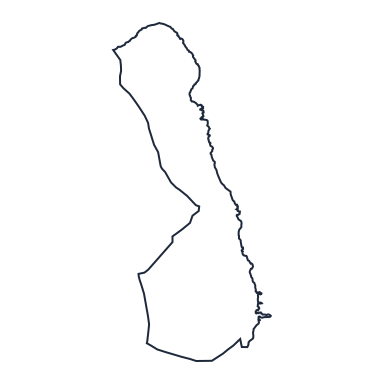 Domoni, Andjouân, Comoros (Albers equal-area conic projection)
{"feature_id": "10938185B41806506469500", "entity_name": "Domoni", "entity_type": "district", "adm_level": 2, "iso_a3": "COM", "parent_name": "Comoros", "parent_adm1": "Andjouân", "projection": "albers", "projection_center": [44.503, -12.179], "detail": "fine", "context": "isolated", "style": "outline", "palette": "slate", "viewbox_px": 384, "rotation_deg": 0, "n_neighbors": 0, "source": "geoboundaries", "source_scale": "gbopen_adm2", "svg_char_len": 5964}
<svg xmlns="http://www.w3.org/2000/svg" viewBox="0 0 384 384"><path d="M247.3,347.1L248.2,345.3L248.5,344.1L248.5,342.7L249.2,341.5L249.9,340.8L252.0,339.3L253.1,338.3L253.4,336.0L253.0,332.6L253.5,330.8L253.6,329.1L256.5,325.2L257.9,324.2L258.8,323.2L258.9,322.5L258.5,320.3L259.6,320.4L259.9,320.2L259.8,319.8L258.5,318.7L258.6,317.7L258.5,317.1L258.9,316.6L259.1,316.5L259.9,316.6L260.6,317.3L262.0,317.7L265.0,317.0L266.0,317.2L266.9,316.9L268.6,317.1L270.4,316.6L270.8,315.9L269.9,315.0L268.7,314.5L267.9,314.4L266.6,315.0L266.2,315.0L264.9,314.5L262.5,314.5L261.9,313.7L261.5,313.7L261.2,313.5L261.0,312.6L260.7,312.4L259.3,312.7L258.8,313.2L257.3,312.9L256.7,313.4L256.3,313.5L256.0,313.3L255.8,313.0L255.9,312.3L255.6,311.9L255.7,311.6L256.1,311.1L256.5,310.2L257.1,310.1L258.1,310.4L258.2,310.1L258.2,309.4L259.2,308.7L259.2,308.1L259.1,307.7L258.5,307.2L258.5,306.7L258.2,306.4L257.7,306.2L258.0,303.8L258.6,303.3L260.1,303.6L261.8,303.3L261.5,302.9L260.3,302.5L259.4,302.5L258.6,302.8L258.3,302.6L257.9,301.5L257.8,298.6L258.2,297.2L257.9,295.8L258.0,294.8L258.7,293.5L259.6,294.2L260.5,294.4L261.3,294.0L261.5,293.5L261.4,293.2L260.2,293.0L259.7,292.1L258.7,292.4L258.1,292.9L257.6,292.8L256.9,293.0L256.6,292.6L256.8,292.1L255.7,291.4L255.6,291.2L255.9,290.0L255.2,287.4L255.3,285.6L254.2,282.7L253.3,282.2L252.9,281.6L252.6,280.6L252.5,278.8L252.0,277.9L251.2,277.0L251.1,275.7L250.6,274.8L250.5,274.1L249.8,272.5L249.7,272.0L249.9,271.1L250.8,268.9L251.1,268.7L251.4,268.9L251.8,268.8L252.3,268.0L253.0,266.6L252.5,264.4L251.5,263.4L250.8,263.7L250.2,262.9L249.2,260.9L248.0,260.4L247.8,260.1L246.8,256.6L246.6,256.2L246.3,255.9L245.3,255.9L244.3,255.4L243.7,255.4L242.8,254.4L242.4,252.6L242.4,252.0L242.8,251.4L242.7,251.3L241.9,251.2L241.7,250.7L241.7,250.3L241.9,250.0L243.1,249.0L243.0,247.7L242.4,247.7L242.4,247.3L241.8,247.1L241.6,246.7L240.8,242.4L240.7,240.6L240.5,240.1L239.8,239.2L239.2,238.8L239.0,238.3L239.0,235.7L238.6,235.2L238.7,231.7L239.2,229.9L240.1,228.6L240.9,227.8L241.4,226.9L241.3,225.4L241.6,223.4L241.2,221.4L240.9,221.0L239.5,220.1L238.5,219.3L237.4,217.0L236.8,216.1L236.7,215.2L237.1,214.8L238.1,214.9L239.7,213.8L239.6,213.2L239.6,212.7L239.9,212.1L239.7,212.0L239.7,211.5L239.0,211.6L238.6,211.2L237.8,211.0L237.5,210.6L237.8,210.0L237.7,209.6L236.6,209.2L237.4,208.7L237.2,208.5L237.3,208.3L237.8,207.7L237.8,207.4L237.4,206.9L237.7,206.6L237.4,206.3L237.6,206.0L237.5,205.5L237.1,205.2L237.0,204.7L236.4,204.6L235.8,204.8L235.6,204.6L234.7,203.1L234.3,201.5L233.8,201.3L232.7,200.1L230.7,194.4L230.5,191.6L225.8,188.2L224.7,186.7L224.3,185.7L221.7,183.4L220.7,181.7L218.4,176.4L217.3,173.5L216.4,169.9L214.8,167.2L214.4,164.1L214.8,163.4L214.7,163.1L214.8,161.9L214.5,161.6L213.3,160.7L212.0,157.6L211.6,156.2L211.4,154.7L210.6,153.8L210.6,153.1L212.3,151.0L212.2,149.9L212.3,149.5L213.0,148.7L213.0,148.1L212.8,147.7L212.3,146.9L210.4,145.7L210.0,144.0L210.4,143.4L210.4,143.0L210.2,142.7L209.3,142.5L208.6,140.3L208.6,139.6L208.2,138.9L208.3,137.5L208.6,137.2L208.7,136.7L209.7,135.9L209.8,135.5L209.5,135.0L208.6,134.8L208.3,134.5L207.7,134.5L207.5,133.9L208.1,133.1L208.4,132.0L208.4,130.8L209.6,129.0L209.8,128.6L209.6,128.4L209.2,128.2L208.7,126.7L207.5,125.9L207.2,125.4L207.7,124.3L207.8,122.5L207.5,120.6L206.8,120.1L205.0,119.7L202.9,119.5L201.1,119.5L200.8,119.3L200.4,118.7L200.9,118.1L202.3,117.8L201.9,117.1L202.2,116.9L202.9,116.9L203.4,116.4L203.1,115.9L203.3,115.4L202.8,114.6L202.8,113.8L202.4,113.2L203.0,112.5L203.6,112.4L203.5,111.0L202.3,110.3L202.1,110.4L201.8,110.2L201.4,110.2L201.0,109.7L200.2,109.6L200.2,109.3L201.1,108.8L201.8,108.2L202.5,108.7L203.1,108.5L203.1,106.8L201.8,106.2L201.8,105.4L201.4,105.1L200.8,104.9L200.8,105.1L200.3,105.0L198.8,105.2L197.8,105.7L197.7,104.9L195.7,102.9L194.1,101.9L193.5,101.8L192.8,101.4L191.9,101.5L190.8,100.1L190.9,97.7L190.2,96.7L190.0,95.4L189.6,95.0L189.5,94.1L189.7,92.7L190.3,92.2L190.4,91.4L191.0,90.4L191.1,89.7L191.4,89.2L192.5,88.4L192.7,87.9L193.1,86.2L193.8,85.7L194.1,85.0L194.4,84.8L194.5,84.5L195.0,84.4L195.5,84.0L195.6,83.5L196.0,83.4L196.2,82.7L197.3,81.7L197.4,81.4L198.4,80.4L198.4,79.6L198.8,78.9L199.4,76.8L199.5,75.7L199.7,70.2L199.4,69.2L199.6,68.3L199.5,67.6L198.8,66.6L198.8,65.9L198.2,65.3L197.9,64.5L197.6,64.5L197.5,64.1L196.6,63.9L196.3,63.5L195.2,61.3L195.6,60.7L195.5,60.2L193.0,56.9L192.9,55.9L193.2,55.6L192.3,53.9L191.9,53.3L191.4,53.0L190.4,52.0L189.1,51.8L188.8,50.6L188.4,50.5L187.3,49.5L186.6,48.0L185.4,46.6L184.7,45.0L184.0,44.3L183.7,43.7L183.1,43.0L183.0,42.6L183.4,42.0L183.3,40.5L182.4,39.1L181.5,38.6L180.9,38.6L180.3,39.0L179.9,38.7L179.4,37.4L178.7,36.8L178.6,36.2L177.9,35.8L177.7,34.9L177.3,35.0L177.2,33.1L176.8,32.7L175.6,32.1L174.4,31.2L173.8,30.6L173.1,29.2L172.6,29.1L171.1,27.9L170.5,27.0L167.2,25.6L164.5,24.3L161.5,23.5L160.7,23.5L159.3,23.0L154.3,24.8L152.1,25.0L148.4,25.9L147.4,26.4L145.7,27.9L144.2,27.8L143.8,28.1L142.1,28.4L141.9,28.6L141.7,29.5L140.0,30.4L138.7,31.4L138.4,32.2L137.2,33.4L136.9,35.1L136.5,35.7L135.9,35.8L135.8,36.6L135.2,37.1L133.8,37.8L132.5,38.1L131.8,38.5L130.3,39.9L129.9,40.8L129.1,41.2L128.3,42.0L127.4,42.1L125.8,42.8L125.4,43.2L124.8,44.7L124.6,44.9L123.0,45.5L120.6,46.8L119.9,46.7L119.1,46.9L118.3,46.8L117.9,46.9L116.9,48.3L116.5,48.6L114.8,49.6L113.2,50.0L120.3,60.0L120.9,65.4L121.1,70.9L120.0,76.3L120.1,84.3L123.3,88.1L129.4,93.6L133.1,98.5L138.6,106.3L144.7,115.7L148.1,122.9L148.9,128.3L154.1,144.9L158.1,152.1L160.7,166.3L162.0,168.7L165.1,172.0L171.0,182.4L176.1,187.5L179.4,189.7L187.1,195.9L195.9,205.2L199.2,206.4L198.7,211.0L192.5,215.7L190.0,222.9L182.1,229.4L172.5,236.4L172.5,242.1L148.3,269.6L144.5,272.6L138.5,273.9L138.7,276.2L139.7,280.1L141.3,284.8L144.0,293.7L148.0,316.2L149.1,324.4L148.3,332.2L147.2,341.7L146.8,343.2L151.4,345.8L157.2,349.4L165.3,352.0L181.9,356.9L190.1,359.0L196.2,361.0L211.9,360.8L223.0,353.6L228.1,349.4L233.4,345.5L240.2,339.0L241.8,347.0L247.3,347.1Z" fill="none" stroke="#1e293b" stroke-width="2"/></svg>